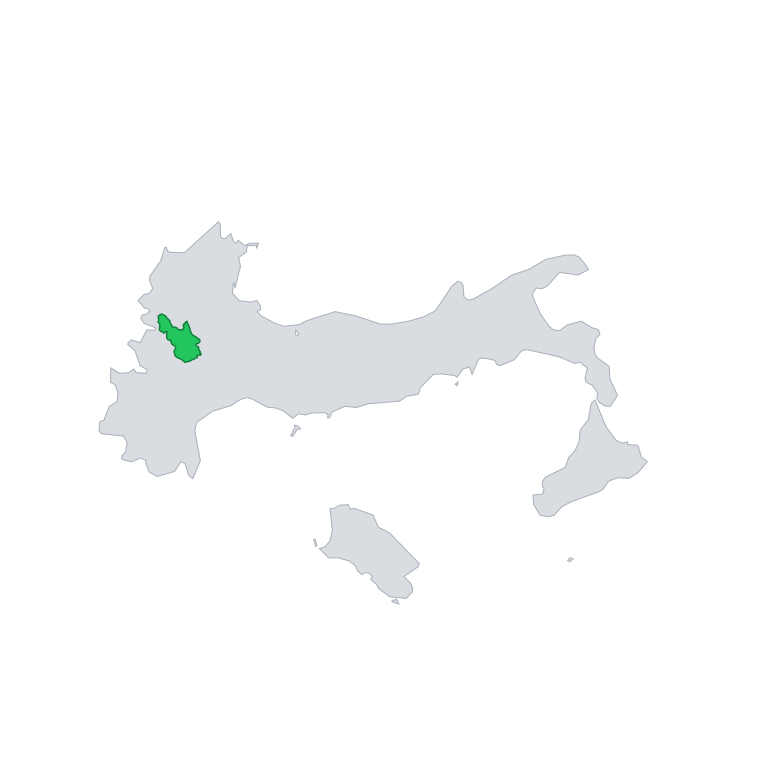 Brescia highlighted on a map of Italy, rotated 308°
{"feature_id": "ITA-5445", "entity_name": "Brescia", "entity_type": "Province", "adm_level": 1, "iso_a3": "ITA", "parent_name": "Italy", "parent_adm1": "", "projection": "orthographic", "projection_center": [10.383, 45.779], "detail": "fine", "context": "in_parent", "style": "filled", "palette": "green", "viewbox_px": 768, "rotation_deg": 308, "n_neighbors": 0, "source": "natural_earth", "source_scale": "10m", "svg_char_len": 6493}
<svg xmlns="http://www.w3.org/2000/svg" viewBox="0 0 768 768"><g transform="rotate(308 384 384)"><path d="M179.3,183.2L182.9,185.6L197.3,181.3L205.8,184.4L213.1,179.9L217.9,172.8L217.0,167.3L228.5,158.8L229.5,168.9L235.7,175.8L241.8,177.6L240.3,181.6L246.2,190.0L248.7,189.2L249.5,187.8L248.1,180.8L256.9,167.3L257.3,157.9L258.9,157.0L263.1,157.7L266.5,166.5L280.6,163.8L285.5,170.5L287.7,169.3L284.1,157.8L285.8,152.0L289.5,150.9L292.1,153.7L297.6,154.5L297.8,151.0L296.4,148.7L298.3,138.8L306.4,139.7L311.2,143.2L316.8,143.1L321.5,135.1L325.3,133.1L343.3,132.3L356.6,127.3L357.7,128.3L355.4,132.1L356.3,134.6L364.6,146.0L409.8,153.6L409.2,156.5L399.9,164.1L399.2,166.9L400.8,169.3L408.2,170.8L403.4,177.9L403.6,180.5L407.5,180.7L407.2,189.1L412.1,191.4L417.8,198.5L412.4,200.1L414.6,198.0L408.9,191.1L403.3,194.3L394.2,191.6L388.3,198.5L367.6,207.6L371.2,203.6L369.6,203.6L362.1,208.8L360.7,219.1L366.8,229.0L371.5,232.4L369.5,238.6L366.8,241.0L363.0,239.4L362.1,244.9L364.4,259.5L367.9,269.7L378.8,280.8L386.6,284.3L410.9,300.9L420.4,320.0L428.9,344.1L435.6,352.9L449.4,365.3L461.9,374.2L473.4,379.4L502.8,377.3L510.4,378.9L511.6,382.9L510.3,385.7L502.0,393.2L501.8,398.6L506.3,402.2L527.0,410.8L548.3,417.5L563.0,427.3L581.8,434.8L597.1,447.5L602.8,454.4L604.2,460.1L601.7,470.4L600.1,474.6L589.5,469.9L580.0,453.7L562.1,452.4L556.6,449.9L553.3,445.0L547.6,445.0L544.0,448.0L535.3,464.7L531.0,478.9L531.1,484.4L534.3,489.6L543.2,491.9L555.0,500.8L556.3,512.8L558.8,519.5L556.1,523.6L550.4,523.1L543.0,526.2L537.9,531.0L536.0,535.4L536.5,550.5L526.8,559.2L518.9,575.0L505.9,576.1L502.5,571.6L502.0,564.6L504.0,560.2L508.7,557.8L511.3,548.7L509.9,542.3L511.6,539.3L521.8,534.3L521.8,525.2L517.5,521.4L513.3,505.3L498.7,474.7L494.4,471.9L483.3,471.7L469.8,464.1L468.8,460.6L470.8,457.2L469.1,452.7L464.6,444.9L461.7,443.2L445.8,447.5L450.0,440.8L444.1,436.9L434.2,437.4L434.2,434.5L426.6,421.9L421.6,416.9L403.3,414.9L397.4,417.4L388.2,409.5L380.0,406.7L358.7,383.7L348.7,376.9L342.2,366.8L329.6,360.2L323.9,361.9L322.5,360.6L325.5,358.6L324.8,354.7L316.3,344.6L311.3,341.3L307.8,334.8L300.7,333.2L300.9,321.5L298.3,313.1L293.7,306.0L291.0,289.1L288.9,284.4L283.9,280.7L272.6,276.6L256.9,265.6L238.3,260.1L230.6,263.7L210.4,286.6L191.8,291.5L191.6,286.6L198.9,276.0L197.6,271.8L186.2,272.8L171.7,262.3L170.0,253.5L174.5,245.4L177.1,243.5L176.0,237.9L167.2,232.8L163.9,225.4L163.8,222.9L166.1,221.7L171.3,222.3L179.8,217.5L182.5,210.5L170.9,192.1L171.5,188.4L179.3,183.2ZM371.5,285.7L372.1,281.3L368.3,284.1L369.4,286.1L371.5,285.7ZM501.4,560.1L487.1,584.9L482.6,601.3L483.6,607.4L488.3,611.6L486.2,613.4L491.4,620.7L491.4,622.8L484.8,631.8L485.0,639.3L471.5,638.9L460.4,635.2L454.7,626.8L450.2,623.4L445.5,620.8L436.1,621.4L431.8,619.9L406.3,603.9L396.4,599.7L385.2,598.9L380.6,595.3L376.8,587.9L381.0,576.3L388.2,569.7L395.0,576.8L400.6,574.2L400.9,571.8L404.8,568.8L410.0,568.5L429.8,578.1L440.0,574.8L449.4,575.5L457.9,573.6L468.7,567.0L481.6,567.0L496.1,559.3L501.4,560.1ZM267.6,437.0L274.0,456.0L267.7,467.5L270.1,480.0L264.2,522.2L261.2,523.4L244.6,518.3L243.2,528.0L241.0,531.9L237.6,534.3L228.6,533.5L219.9,519.4L219.5,505.7L221.4,501.7L221.8,493.9L225.2,493.5L225.6,488.1L223.7,485.2L220.3,484.1L220.5,478.1L223.0,473.6L223.2,465.5L218.9,455.1L212.9,447.4L214.5,434.4L219.7,437.9L227.6,437.9L237.1,433.2L252.6,418.1L254.6,420.9L261.1,423.6L267.0,430.2L264.7,434.5L267.6,437.0ZM296.4,338.7L297.7,341.8L297.3,345.9L294.2,343.5L286.7,344.5L285.9,342.3L295.0,340.5L296.4,338.7ZM222.1,526.3L219.8,531.2L217.5,524.7L217.9,523.8L222.1,526.3ZM219.2,425.2L215.7,430.5L213.9,430.2L218.4,424.2L219.2,425.2ZM362.6,640.7L358.2,639.7L358.0,637.3L361.5,637.6L362.6,640.7ZM431.2,441.2L427.7,442.9L427.7,440.2L431.2,441.2Z" fill="#d9dde1" stroke="#a8b0b8" stroke-width="1"/><path d="M278.7,210.5L278.7,210.0L278.6,208.7L278.1,206.8L277.6,204.9L277.5,202.9L278.0,201.6L278.8,200.8L279.7,199.1L280.1,198.6L280.9,198.3L281.6,198.2L283.8,197.7L284.8,197.1L285.1,196.1L285.0,194.8L284.8,193.6L284.8,192.7L285.1,191.9L285.6,190.9L286.3,189.8L287.2,188.8L286.4,188.0L286.0,186.8L286.0,185.6L286.7,184.3L287.1,183.9L288.6,183.2L288.9,182.4L289.1,182.1L289.3,181.9L289.7,181.7L291.3,181.4L291.7,181.1L291.5,180.6L291.2,180.1L290.4,179.5L288.5,179.1L288.8,178.1L288.6,177.2L288.2,176.2L288.0,175.2L288.2,174.0L288.9,173.3L292.7,170.9L293.1,170.2L293.7,168.1L294.1,167.6L295.4,167.3L298.1,164.6L299.0,164.2L299.8,164.9L300.3,165.1L300.9,164.8L302.3,165.9L302.6,166.3L302.7,166.5L302.7,166.9L302.7,167.1L302.7,167.3L302.7,167.5L302.7,167.8L302.7,168.3L303.0,169.4L303.1,169.9L303.1,170.3L302.6,171.6L302.3,172.3L302.2,172.5L302.2,172.8L302.2,174.1L302.0,176.0L301.9,176.3L301.9,176.5L300.7,177.6L300.5,177.8L300.4,178.2L300.2,178.6L299.9,179.8L299.8,180.3L299.7,180.6L299.2,180.9L299.1,181.0L298.9,181.3L298.7,182.0L298.6,182.4L298.6,182.7L298.6,182.9L298.7,183.0L298.8,183.1L299.1,183.3L299.8,183.5L300.0,183.7L300.0,183.9L300.1,184.6L300.1,184.8L300.1,185.0L300.3,185.3L300.6,185.8L300.7,186.1L300.7,186.3L300.6,186.5L300.4,187.0L300.3,187.5L300.2,187.8L300.2,188.1L300.5,188.6L300.8,189.9L300.9,190.1L301.0,190.2L301.1,190.3L301.7,190.4L301.9,190.5L302.0,190.7L302.1,190.9L302.0,191.6L302.0,191.8L302.4,192.1L302.8,192.2L303.1,192.2L303.3,192.1L303.9,191.6L304.0,191.5L305.0,191.5L305.4,191.5L305.6,191.4L305.9,191.2L306.0,190.9L306.0,190.7L306.1,190.3L306.1,190.1L306.2,189.9L306.4,189.7L306.5,189.6L307.1,189.7L307.3,189.7L307.9,189.5L308.1,189.4L308.3,189.5L308.5,189.5L308.9,189.8L309.1,189.8L309.3,189.8L310.4,189.6L310.7,189.6L310.9,189.6L311.4,189.8L312.0,190.2L310.5,192.4L310.4,192.8L309.9,194.1L309.1,195.4L308.6,196.0L305.0,201.4L304.9,202.3L304.9,203.7L305.3,207.0L305.3,208.8L305.2,208.9L305.0,209.2L305.0,209.5L305.1,209.8L305.3,210.4L305.7,210.9L304.6,212.5L304.1,212.8L302.2,212.8L301.7,212.6L300.2,211.4L299.7,211.2L299.4,211.3L299.0,211.6L298.6,212.0L298.4,212.4L298.4,212.7L298.5,212.9L298.7,213.3L298.8,213.7L298.9,214.1L298.9,214.5L298.9,214.9L298.7,215.5L298.4,215.7L298.1,215.8L297.8,216.1L296.6,218.0L296.4,219.2L296.3,219.5L295.8,219.8L295.3,219.6L295.1,219.9L295.0,220.5L295.2,221.1L294.5,221.6L294.1,221.7L293.6,221.6L293.3,221.0L291.9,219.4L291.4,219.1L291.1,219.3L290.5,220.0L290.2,220.3L290.2,220.2L289.9,220.1L289.7,220.0L289.5,219.9L289.4,219.9L289.2,219.8L289.1,219.7L288.9,219.7L286.3,218.9L285.2,217.9L283.6,217.4L282.8,217.1L282.0,216.5L280.4,215.2L279.0,214.3L278.6,213.9L278.5,213.3L278.7,211.5L278.7,210.5Z" fill="#22c55e" stroke="#15803d" stroke-width="1.5"/></g></svg>